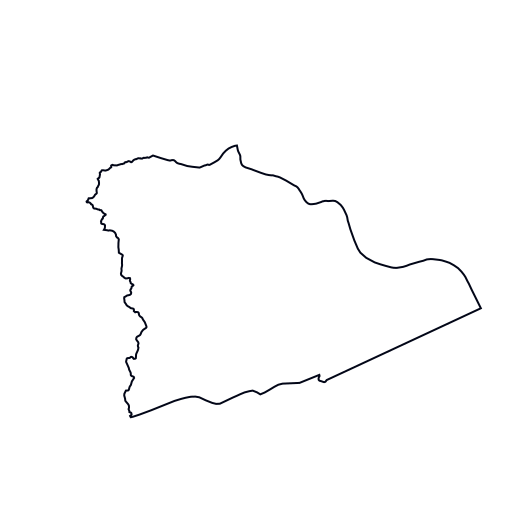 the district of Indragiri Hulu, Riau, Indonesia, rotated 65°
{"feature_id": "22746128B72920479258091", "entity_name": "Indragiri Hulu", "entity_type": "district", "adm_level": 2, "iso_a3": "IDN", "parent_name": "Indonesia", "parent_adm1": "Riau", "projection": "mercator", "projection_center": [102.04, -0.493], "detail": "fine", "context": "isolated", "style": "outline", "palette": "ink", "viewbox_px": 512, "rotation_deg": 65, "n_neighbors": 0, "source": "geoboundaries", "source_scale": "gbopen_adm2", "svg_char_len": 6136}
<svg xmlns="http://www.w3.org/2000/svg" viewBox="0 0 512 512"><g transform="rotate(65 256 256)"><path d="M398.4,74.3L385.4,74.6L377.6,74.8L371.0,74.8L368.3,75.0L363.6,75.1L360.8,75.5L357.0,76.4L352.4,78.0L348.0,80.6L344.0,83.5L341.4,86.2L338.5,89.4L337.1,91.4L333.5,97.2L332.5,99.2L331.3,102.6L331.0,106.4L330.2,110.5L328.7,120.2L328.5,123.8L328.0,127.3L326.3,133.3L325.0,136.0L323.5,138.2L319.8,142.6L316.1,146.8L312.0,151.1L304.2,156.9L297.1,160.0L292.4,160.6L283.5,160.3L271.8,159.2L265.4,158.2L262.8,157.9L259.5,157.0L257.3,156.7L251.3,156.7L248.9,156.9L246.6,157.4L245.4,157.7L243.5,158.6L241.6,159.5L239.7,160.9L238.4,162.9L237.2,166.2L236.6,167.6L235.6,169.2L235.0,170.8L234.9,171.7L234.6,172.5L234.6,174.1L234.2,177.5L234.0,179.3L233.4,181.3L232.7,183.4L231.9,185.1L230.7,186.4L228.6,187.5L226.1,188.2L224.0,188.4L220.8,188.2L218.8,188.2L216.1,188.5L214.7,188.8L213.9,188.8L212.9,189.0L211.5,189.3L210.0,190.0L208.1,191.6L200.3,196.9L194.9,201.1L193.3,202.7L192.1,204.3L190.1,206.5L189.2,208.3L188.1,210.1L186.2,212.7L182.8,216.3L176.6,222.4L175.7,223.2L171.3,228.0L169.5,229.3L168.6,229.8L167.4,230.2L166.4,230.2L165.6,230.2L164.3,229.9L162.0,229.4L159.1,228.1L158.4,227.9L157.3,227.8L153.7,227.9L152.2,227.7L147.8,226.6L147.2,228.7L146.9,232.0L147.0,235.4L147.8,238.8L149.2,242.4L151.6,246.5L152.6,248.5L153.1,250.3L153.5,254.3L153.8,259.5L153.6,260.1L152.7,261.1L152.6,261.5L152.5,263.4L152.2,264.4L152.1,268.8L152.0,269.8L148.3,275.9L145.4,280.3L140.9,285.2L140.1,286.4L139.1,287.5L138.3,288.2L137.1,288.8L136.0,289.1L134.4,290.0L133.6,291.5L133.2,293.6L131.8,295.5L127.1,300.8L121.4,306.9L121.5,308.6L121.7,311.4L121.2,312.3L120.6,312.9L120.5,314.2L120.1,315.0L120.0,315.6L119.5,316.4L119.6,318.1L118.8,319.5L118.6,319.6L118.6,319.8L117.8,321.0L117.6,321.7L117.6,323.8L117.4,324.0L117.3,324.9L117.3,325.9L117.5,326.9L117.9,327.7L118.3,328.7L118.3,329.4L118.2,329.6L117.3,330.1L116.8,330.6L116.2,331.3L116.1,332.4L116.2,332.9L116.2,333.8L115.8,334.5L115.8,335.5L116.4,336.2L116.2,337.7L116.2,338.3L115.7,339.3L115.4,341.5L115.2,342.5L115.2,343.4L115.0,343.9L114.9,344.3L114.2,345.5L113.8,346.4L113.5,346.8L112.8,347.4L112.7,348.2L112.7,348.7L112.9,349.1L114.0,349.4L114.3,349.6L114.5,350.2L114.4,350.6L115.1,352.5L115.3,353.3L115.3,353.8L115.2,354.2L115.2,355.0L114.9,356.5L113.8,358.1L113.3,359.1L113.2,359.6L114.1,360.9L114.3,361.3L114.2,361.6L114.5,362.4L114.6,362.5L116.1,362.9L118.6,364.7L118.8,365.0L118.9,365.3L118.8,365.6L119.2,366.9L120.0,366.9L121.4,366.7L123.5,367.4L124.9,368.2L125.6,369.1L125.9,369.6L126.6,370.2L126.9,371.2L127.8,372.1L128.8,372.7L129.5,372.9L130.1,373.2L131.0,373.4L131.8,373.8L132.1,374.4L132.4,375.9L133.2,377.0L133.8,378.1L134.1,378.9L134.1,379.5L134.2,379.8L134.2,380.3L133.9,381.0L133.4,382.5L133.0,383.0L133.0,383.3L134.1,384.4L134.5,385.0L135.0,386.5L135.3,386.6L135.8,386.6L136.3,386.0L136.5,385.0L137.3,384.2L137.8,383.9L138.9,383.5L139.4,383.6L139.9,383.2L140.4,382.7L141.1,382.6L142.5,382.9L143.4,383.1L144.5,382.7L144.8,382.3L145.5,381.0L147.1,379.5L147.6,378.5L148.3,378.3L148.5,378.1L148.7,377.5L148.9,377.1L149.2,377.0L149.4,376.8L150.7,376.7L151.8,376.4L152.5,376.2L153.7,375.5L154.6,374.7L155.1,374.8L155.2,375.1L155.3,375.9L155.6,376.5L155.6,377.2L155.7,377.8L156.3,378.3L156.9,378.7L156.9,378.8L157.2,379.0L157.3,379.4L157.5,379.5L157.5,379.9L157.9,380.5L159.0,381.8L159.8,381.9L160.4,382.3L161.1,382.5L162.0,381.9L162.8,380.5L163.6,380.0L164.4,379.9L165.4,380.4L166.5,381.0L167.1,381.5L168.0,382.8L169.7,380.1L170.6,379.0L170.9,377.7L171.6,376.7L172.4,375.6L173.7,374.6L175.5,373.9L176.6,373.9L177.5,373.9L178.7,374.4L180.4,374.2L181.0,373.7L181.7,373.4L182.9,373.3L186.3,375.3L186.8,375.5L189.8,377.0L192.4,377.8L195.1,378.9L198.1,376.8L198.7,376.5L199.4,376.6L201.1,378.2L202.0,378.7L204.0,379.6L206.0,380.6L207.2,381.0L208.2,381.5L209.9,382.8L210.6,383.3L212.7,384.1L214.8,385.8L216.1,386.2L216.7,385.9L217.7,385.7L218.8,384.9L219.7,384.7L221.1,383.8L221.4,383.2L221.8,382.3L222.1,380.6L222.8,379.6L223.8,379.8L224.8,380.6L225.4,380.8L226.4,380.7L227.7,381.0L228.6,380.5L229.9,379.5L230.6,379.4L231.0,380.2L231.0,380.9L231.2,381.6L232.3,382.3L233.1,383.3L233.4,384.0L234.3,384.6L235.8,384.5L236.5,384.6L237.5,385.3L237.8,386.1L237.9,386.9L237.6,388.4L237.3,389.4L237.6,391.5L237.6,392.7L238.4,393.3L240.7,394.0L241.7,394.4L242.4,394.6L244.2,394.2L245.6,394.1L246.3,393.9L247.2,393.5L248.8,392.3L250.3,391.6L251.5,389.9L252.1,389.3L253.3,389.4L254.3,390.0L255.9,389.3L255.8,388.9L256.4,387.6L257.2,386.6L257.8,386.4L258.4,386.4L259.1,386.7L260.4,386.9L261.7,386.6L263.3,385.6L264.1,385.3L265.9,385.3L268.7,384.8L269.7,384.8L273.0,385.0L273.7,385.1L274.3,385.4L274.7,386.1L275.1,388.8L275.4,389.9L276.6,392.1L277.9,393.4L278.6,394.4L278.8,395.5L278.9,397.6L279.1,398.3L279.7,399.1L280.8,399.8L282.0,399.7L284.2,399.2L285.0,399.3L285.7,399.5L287.0,400.8L288.4,401.3L289.2,401.2L290.6,402.1L291.6,403.0L293.9,405.7L294.7,406.4L296.8,407.5L297.9,408.2L298.0,408.9L297.6,410.2L296.9,410.5L296.3,410.5L295.6,410.7L294.9,411.3L294.6,412.0L295.0,413.6L294.2,415.8L294.4,416.5L296.7,418.3L297.4,418.5L299.0,418.5L303.7,418.6L305.4,419.0L308.1,418.9L309.2,419.0L310.8,419.7L311.4,419.8L312.4,419.3L312.8,418.8L313.8,417.9L315.0,418.0L317.2,421.5L319.9,423.8L320.4,424.5L320.9,425.5L321.6,426.2L323.4,427.7L323.8,428.5L323.7,429.2L323.3,430.0L323.0,430.8L325.3,433.6L327.0,434.5L327.5,434.5L330.2,435.0L331.5,435.5L332.3,435.6L336.3,434.5L337.7,434.4L338.9,434.8L340.0,435.3L340.9,436.2L342.9,436.3L344.0,436.7L344.9,435.7L345.6,435.4L347.0,435.7L347.4,436.2L347.7,437.7L348.4,437.7L349.2,437.6L349.7,435.3L350.5,428.6L351.5,416.4L352.9,391.1L353.9,384.1L354.7,379.8L355.5,376.5L356.1,374.3L357.8,370.4L360.1,367.1L365.6,362.5L370.7,357.7L373.2,354.6L374.6,351.2L374.5,336.7L374.6,332.4L374.6,328.9L374.8,324.0L375.7,319.2L376.6,315.9L380.0,312.7L383.2,310.6L383.4,305.9L382.9,300.0L382.3,294.6L382.1,290.2L382.9,285.9L389.4,270.2L390.5,248.9L391.5,249.1L392.0,249.5L392.4,250.2L393.1,250.8L393.9,251.3L394.9,251.5L395.5,251.3L396.0,251.0L397.1,249.7L398.6,248.2L399.1,247.6L399.3,246.7L399.2,246.0L398.3,244.4L398.4,74.3Z" fill="none" stroke="#020617" stroke-width="2"/></g></svg>